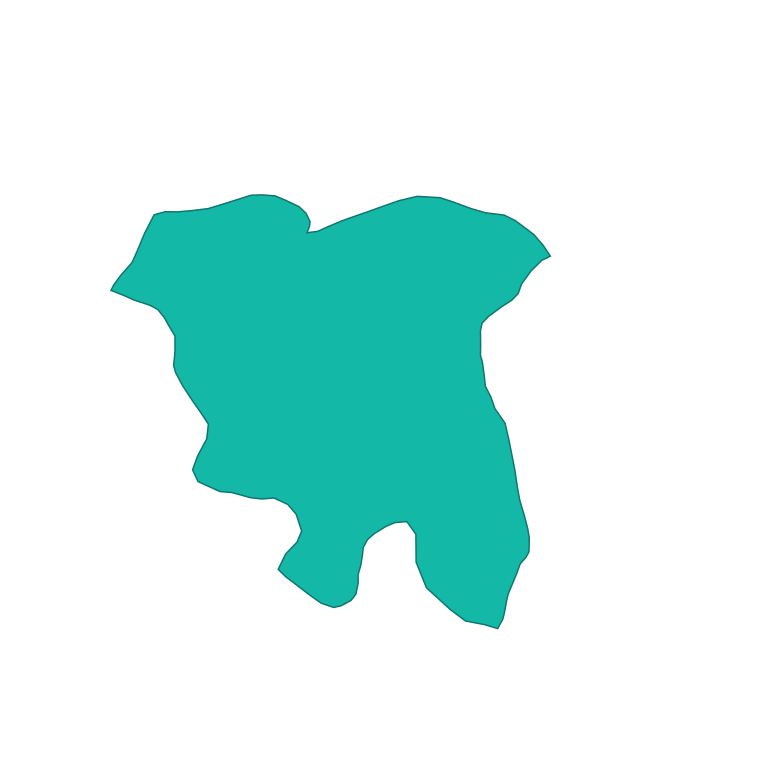 outline of Betong, Sarawak, Malaysia, rotated 237°
{"feature_id": "92858781B57071016151850", "entity_name": "Betong", "entity_type": "district", "adm_level": 2, "iso_a3": "MYS", "parent_name": "Malaysia", "parent_adm1": "Sarawak", "projection": "robinson", "projection_center": [111.499, 1.495], "detail": "fine", "context": "isolated", "style": "filled", "palette": "teal", "viewbox_px": 768, "rotation_deg": 237, "n_neighbors": 0, "source": "geoboundaries", "source_scale": "gbopen_adm2", "svg_char_len": 1743}
<svg xmlns="http://www.w3.org/2000/svg" viewBox="0 0 768 768"><g transform="rotate(237 384 384)"><path d="M400.6,593.1L413.8,593.0L427.7,591.1L449.3,583.2L460.2,576.8L472.5,562.2L483.4,552.8L499.4,540.8L509.7,532.5L523.3,514.1L529.6,496.4L533.5,480.3L537.5,463.4L541.2,448.4L543.8,437.5L546.5,422.4L548.1,411.6L552.8,401.8L556.8,407.4L560.4,410.4L569.7,411.6L579.0,409.3L591.9,401.4L601.2,395.0L609.2,384.5L614.8,375.1L622.6,346.8L626.8,332.2L634.0,317.5L640.8,304.6L647.5,294.6L651.1,283.5L650.9,283.0L640.8,265.3L629.9,249.4L623.1,238.9L618.5,222.4L614.3,211.3L611.2,206.0L605.5,210.1L598.8,214.8L590.5,220.1L577.5,230.6L569.8,234.8L559.4,235.9L550.6,235.3L538.1,234.8L525.2,226.5L518.5,221.2L514.3,217.7L507.0,215.4L492.0,214.2L475.9,214.2L458.8,214.8L445.9,214.8L434.5,205.4L425.1,188.4L416.3,176.7L403.4,174.9L383.2,187.8L375.9,197.2L361.4,210.1L354.1,218.9L348.4,229.5L335.5,237.7L322.5,239.4L305.4,234.8L298.7,224.8L295.0,208.9L286.2,194.3L284.9,194.6L275.9,196.6L246.3,207.2L234.4,211.9L224.0,220.1L221.4,227.1L220.4,238.3L223.0,245.9L231.3,254.1L237.0,257.6L238.0,258.2L244.6,265.8L252.9,273.3L258.2,277.5L262.5,285.4L263.8,294.4L263.5,308.3L261.8,317.7L256.2,328.2L240.6,328.9L217.1,313.9L189.9,308.6L158.3,316.9L140.8,323.3L127.5,337.2L116.9,346.2L119.5,350.7L121.8,355.2L125.5,359.3L129.8,363.5L135.8,369.1L140.1,373.6L153.0,392.4L159.0,400.3L161.3,408.6L164.3,414.2L175.9,422.1L184.5,425.8L197.1,430.0L212.4,434.5L224.0,439.3L241.3,447.2L269.1,458.3L285.2,464.2L302.8,463.6L315.2,466.6L326.7,467.7L336.0,472.4L348.4,478.3L355.7,480.6L363.5,485.9L376.4,494.1L381.6,499.4L383.7,508.2L384.7,524.1L384.7,537.0L386.8,545.8L393.0,554.0L398.7,568.7L401.8,583.9L400.6,593.1Z" fill="#14b8a6" stroke="#0f766e" stroke-width="1.5"/></g></svg>